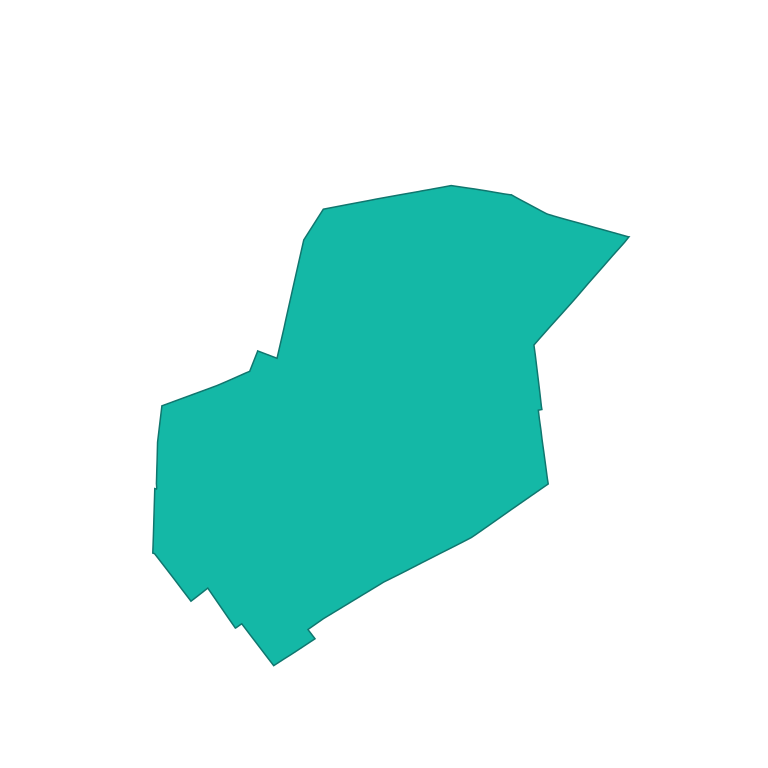 Varias, Timis, Romania (Albers equal-area conic projection), rotated 148°
{"feature_id": "2599482B99754061037877", "entity_name": "Varias", "entity_type": "district", "adm_level": 2, "iso_a3": "ROU", "parent_name": "Romania", "parent_adm1": "Timis", "projection": "albers", "projection_center": [20.97, 45.991], "detail": "fine", "context": "isolated", "style": "filled", "palette": "teal", "viewbox_px": 768, "rotation_deg": 148, "n_neighbors": 0, "source": "geoboundaries", "source_scale": "gbopen_adm2", "svg_char_len": 1764}
<svg xmlns="http://www.w3.org/2000/svg" viewBox="0 0 768 768"><g transform="rotate(148 384 384)"><path d="M342.8,564.4L375.7,548.7L407.9,516.2L432.3,491.5L439.4,484.2L457.3,466.3L461.1,462.5L473.6,479.0L474.0,478.6L491.2,465.9L495.2,466.6L517.7,469.8L526.6,471.2L583.9,483.2L606.9,454.6L616.6,439.9L623.3,429.9L626.0,425.8L629.8,420.1L631.1,417.6L631.9,416.2L632.6,415.5L633.8,416.8L660.2,377.2L669.7,363.1L668.5,361.7L666.6,342.8L665.4,330.5L664.1,315.9L662.8,302.1L653.5,303.0L641.6,304.3L640.6,281.5L640.1,269.8L639.4,255.8L638.7,255.7L638.0,255.7L633.2,256.0L631.7,256.0L631.1,249.4L630.4,241.6L629.2,229.0L627.9,214.8L626.8,203.6L613.9,203.8L607.6,203.8L606.7,203.8L592.8,204.1L577.5,204.5L578.6,216.1L559.6,217.1L537.4,216.8L514.1,216.5L493.8,216.2L489.4,216.2L469.9,214.3L447.2,212.4L425.6,210.5L407.1,208.8L391.2,207.5L385.7,207.7L376.2,208.2L361.2,209.0L355.6,209.3L343.3,210.0L318.7,211.2L297.7,212.2L295.5,217.4L290.4,228.6L284.8,241.0L279.5,252.9L275.4,261.6L271.0,271.5L267.0,280.0L263.6,278.7L262.4,281.6L256.9,293.1L252.1,303.3L246.3,315.7L240.4,328.3L236.2,337.6L229.0,339.8L212.1,344.8L193.9,350.0L181.5,353.6L174.5,355.7L157.3,361.1L138.5,366.7L122.4,371.6L105.1,376.6L98.3,379.0L98.6,379.2L98.8,379.3L112.7,394.6L118.0,400.4L121.9,404.6L126.2,409.4L131.4,415.1L135.3,419.3L141.7,426.2L146.8,431.8L151.3,436.8L152.1,437.8L154.9,440.9L156.0,442.4L159.3,448.0L160.8,450.7L162.6,453.8L166.7,461.0L170.9,468.2L173.8,473.4L175.8,477.1L176.2,477.2L181.8,481.9L184.1,484.0L188.4,487.8L194.4,493.2L200.3,498.3L204.3,501.8L208.5,505.3L214.5,510.4L221.9,516.7L230.1,519.9L240.1,523.9L240.5,524.0L250.5,528.1L252.0,528.6L267.5,534.9L292.5,544.9L300.4,547.9L303.2,549.0L319.8,555.5L342.8,564.4Z" fill="#14b8a6" stroke="#0f766e" stroke-width="1.5"/></g></svg>